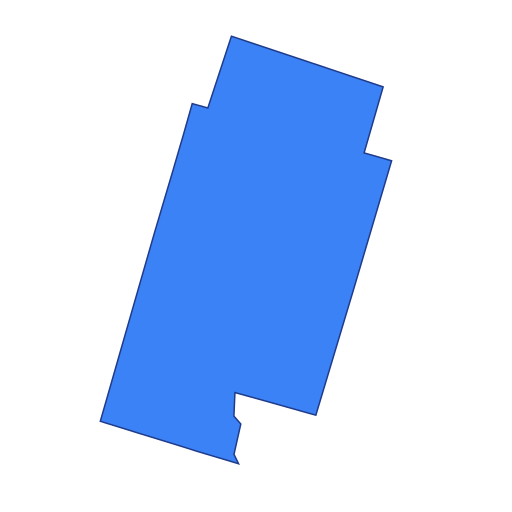 Summit, Ohio, United States of America (Equal Earth projection), rotated 196°
{"feature_id": "52423323B73320668116479", "entity_name": "Summit", "entity_type": "district", "adm_level": 2, "iso_a3": "USA", "parent_name": "United States of America", "parent_adm1": "Ohio", "projection": "equal_earth", "projection_center": [-81.526, 41.129], "detail": "fine", "context": "isolated", "style": "filled", "palette": "blue", "viewbox_px": 512, "rotation_deg": 196, "n_neighbors": 0, "source": "geoboundaries", "source_scale": "gbopen_adm2", "svg_char_len": 487}
<svg xmlns="http://www.w3.org/2000/svg" viewBox="0 0 512 512"><g transform="rotate(196 256 256)"><path d="M180.4,453.6L258.7,457.0L340.2,460.5L343.1,385.0L359.3,384.9L359.2,350.9L359.3,336.9L359.4,313.4L359.7,281.9L360.0,249.5L360.1,119.9L360.1,54.2L319.0,53.3L271.9,52.4L258.7,52.0L215.5,51.5L222.5,59.3L224.3,90.3L233.1,96.0L238.6,118.9L220.8,119.1L164.7,119.4L154.6,119.5L153.0,249.2L151.9,384.9L180.5,384.9L180.4,453.6Z" fill="#3b82f6" stroke="#1e3a8a" stroke-width="1.5"/></g></svg>